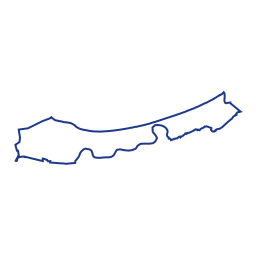 Jūrmala, Jurmala, Latvia (Albers equal-area conic projection)
{"feature_id": "27541924B97650522889636", "entity_name": "Jūrmala", "entity_type": "district", "adm_level": 2, "iso_a3": "LVA", "parent_name": "Latvia", "parent_adm1": "Jurmala", "projection": "albers", "projection_center": [23.72, 56.967], "detail": "fine", "context": "isolated", "style": "outline", "palette": "blue", "viewbox_px": 256, "rotation_deg": 0, "n_neighbors": 0, "source": "geoboundaries", "source_scale": "gbopen_adm2", "svg_char_len": 5667}
<svg xmlns="http://www.w3.org/2000/svg" viewBox="0 0 256 256"><path d="M181.0,136.8L181.2,136.6L181.6,136.5L182.7,136.0L183.1,135.4L183.4,135.2L184.1,134.8L184.9,134.2L185.3,133.9L185.3,133.5L185.8,133.3L186.0,133.6L186.6,133.9L187.1,133.3L187.0,133.2L187.8,132.8L188.8,132.9L189.7,132.5L190.6,132.1L191.6,131.6L192.7,131.1L193.3,130.8L193.4,130.7L193.5,130.5L193.7,130.3L193.9,130.3L194.1,130.3L194.6,129.9L194.9,129.7L195.0,129.8L195.8,129.3L196.3,129.6L197.0,129.5L197.2,129.9L197.4,130.2L198.5,129.7L198.6,129.8L199.6,130.2L199.8,129.8L200.7,128.9L201.5,128.5L203.8,127.5L204.0,127.3L204.5,126.5L205.0,126.6L205.8,126.6L206.1,126.5L206.5,126.3L210.7,127.8L211.4,128.1L211.0,129.6L212.1,131.2L213.2,131.6L213.5,131.5L214.4,131.5L215.4,131.0L216.2,130.1L216.5,129.6L216.8,129.4L216.7,129.4L217.0,129.2L219.3,128.8L219.6,128.8L222.3,127.1L223.6,125.8L226.7,123.0L226.8,122.9L230.4,119.8L231.9,118.7L232.2,118.2L233.2,116.8L233.6,116.3L234.0,116.1L235.6,115.3L236.4,114.9L235.8,114.4L236.7,113.2L237.2,112.6L238.1,112.1L238.5,112.0L238.9,112.1L240.6,111.6L237.1,108.8L233.5,105.8L230.5,103.4L230.4,102.5L228.6,102.7L226.7,103.1L225.5,103.1L225.1,102.6L224.7,101.9L224.4,100.7L224.5,98.9L224.7,96.9L224.5,93.4L224.4,93.3L223.7,92.2L221.9,94.2L221.1,94.5L220.5,94.5L219.6,95.1L219.7,95.3L219.0,95.6L218.8,95.7L218.3,96.0L217.8,96.3L217.3,96.6L216.7,97.0L216.0,97.5L215.3,97.9L211.5,100.1L210.8,100.4L210.3,100.7L210.0,100.8L209.4,101.1L208.7,101.5L208.0,101.9L207.3,102.3L206.0,102.9L205.5,103.0L204.8,103.3L204.6,103.5L204.4,103.5L203.2,104.0L201.3,105.0L201.0,105.1L200.8,105.3L200.1,105.6L199.8,105.7L198.0,106.6L196.3,107.2L194.5,108.1L193.6,108.5L192.4,108.9L191.9,109.0L191.0,109.5L189.5,110.0L189.3,110.1L188.8,110.3L188.1,110.5L187.2,110.9L186.5,111.2L184.9,111.9L183.6,112.3L182.6,112.7L180.8,113.3L180.6,113.4L180.4,113.5L180.1,113.6L179.8,113.7L179.0,114.0L178.6,114.1L178.1,114.3L177.7,114.4L177.2,114.5L176.8,114.7L176.6,114.8L174.5,115.5L174.0,115.7L173.5,115.8L172.8,116.0L172.1,116.3L171.6,116.4L171.3,116.5L171.0,116.6L170.9,116.7L170.3,116.9L168.8,117.4L168.4,117.5L167.8,117.7L166.2,118.2L166.0,118.3L165.7,118.4L164.6,118.7L163.0,119.3L162.0,119.6L160.5,120.1L160.0,120.3L159.1,120.6L158.5,120.8L157.9,121.0L156.7,121.3L155.9,121.7L155.4,121.8L154.4,122.1L153.8,122.2L153.2,122.5L152.2,122.7L152.0,122.8L151.6,122.9L151.0,123.1L150.6,123.2L150.4,123.3L150.0,123.4L149.6,123.6L148.1,124.0L147.5,124.1L146.2,124.5L144.8,124.8L144.7,124.9L143.8,125.1L143.3,125.2L142.7,125.4L142.0,125.5L141.5,125.6L140.5,125.9L140.3,125.9L140.0,125.9L139.6,126.0L139.4,126.1L139.1,126.1L138.8,126.2L138.7,126.2L138.4,126.3L137.5,126.6L136.7,126.7L136.4,126.8L135.9,126.8L135.7,126.8L135.2,126.9L134.6,127.0L133.8,127.2L131.8,127.7L131.2,127.7L130.5,127.9L129.6,128.0L129.4,128.0L128.8,128.2L127.0,128.5L125.3,128.8L124.4,129.0L124.2,129.0L123.7,129.0L122.9,129.2L122.5,129.3L121.5,129.5L121.2,129.5L120.8,129.5L120.2,129.6L119.9,129.7L119.1,129.8L118.7,129.9L117.8,130.0L116.8,130.1L115.5,130.3L115.0,130.3L113.5,130.6L112.2,130.7L110.3,130.9L109.4,131.0L108.3,131.1L103.9,131.4L102.8,131.4L102.7,131.5L102.3,131.5L100.3,131.6L96.5,131.5L94.0,131.4L92.3,131.3L91.3,131.1L89.4,130.9L87.8,130.5L87.5,130.5L85.8,130.1L85.4,130.1L84.2,129.9L83.1,129.7L82.8,129.5L82.3,129.5L81.9,129.3L81.5,129.3L80.4,129.0L79.9,128.8L79.5,128.6L79.2,128.5L78.6,128.2L77.1,127.3L76.5,127.0L76.1,126.7L75.4,126.1L75.2,125.8L75.0,125.6L74.9,125.4L74.4,125.0L73.7,124.7L73.1,124.3L72.4,123.9L71.6,123.5L70.9,123.2L70.4,123.0L70.0,122.9L69.7,122.9L69.1,122.8L68.8,122.7L67.4,122.5L66.7,122.3L65.3,122.3L64.5,122.2L63.0,122.0L62.5,121.7L61.8,121.5L60.6,121.4L60.4,121.2L60.2,121.2L59.9,121.1L59.1,121.1L57.3,120.6L55.6,120.3L55.2,120.1L54.6,119.9L54.1,119.5L53.3,118.8L53.0,118.7L52.5,118.3L52.3,118.2L52.0,117.8L51.4,117.2L50.5,118.0L50.2,118.2L45.8,119.9L42.1,121.3L28.0,128.3L18.7,129.6L20.0,137.6L19.5,142.0L15.4,144.8L15.9,146.9L16.2,148.1L16.6,149.2L16.7,149.7L16.9,150.7L18.0,150.7L18.9,156.1L18.0,156.3L18.1,156.8L17.7,157.2L17.4,157.6L17.2,157.9L17.1,158.3L16.5,159.2L16.3,159.6L15.7,160.8L16.0,161.0L16.5,161.0L16.6,160.9L16.4,160.8L17.1,159.6L17.0,159.4L17.4,158.6L17.5,158.6L17.8,158.0L17.8,157.9L17.9,157.7L18.1,157.4L22.9,156.5L24.8,157.0L24.8,156.7L42.8,161.1L42.7,158.7L42.8,158.5L45.4,159.3L46.9,159.8L46.8,160.1L47.3,160.3L48.1,161.3L50.3,161.1L50.3,161.3L50.2,162.5L60.0,163.3L60.4,163.3L62.1,163.4L63.1,163.4L63.7,163.5L64.8,163.6L65.9,163.8L68.0,163.6L70.0,163.4L71.0,163.4L71.4,163.3L75.2,162.9L75.3,161.1L78.0,157.7L78.5,157.0L79.2,155.8L79.6,154.6L80.0,153.6L80.2,153.1L80.7,152.3L81.2,151.7L81.8,151.0L82.9,150.0L83.6,149.4L83.9,149.2L84.8,148.8L85.2,148.7L86.1,148.8L87.8,149.1L89.3,149.3L90.3,149.8L90.8,150.1L91.1,150.4L91.5,150.9L91.9,151.8L92.1,152.5L92.5,153.2L92.5,154.1L93.2,156.0L93.7,156.7L95.2,157.5L99.1,157.9L104.2,157.4L109.0,157.3L111.2,156.9L112.3,156.3L113.9,155.0L114.3,154.2L116.8,149.9L120.2,149.3L123.4,150.1L128.6,150.6L132.2,150.1L135.7,148.7L137.6,145.8L140.4,143.9L143.3,143.7L149.3,143.7L153.1,143.2L155.5,141.2L157.0,137.9L155.6,135.3L152.7,131.8L152.5,127.5L155.0,125.2L158.2,125.0L161.5,125.5L163.5,126.3L164.9,127.2L165.8,128.0L166.6,128.9L166.8,129.2L167.4,130.5L167.6,130.9L167.6,131.3L167.4,132.7L167.1,133.9L167.0,134.7L167.0,135.0L167.1,135.9L167.5,136.5L168.0,137.0L168.6,137.3L168.7,138.2L168.7,138.6L169.1,138.7L170.1,138.6L170.3,138.7L170.6,139.1L170.7,139.6L170.9,140.0L171.1,139.8L171.3,140.0L171.9,139.9L172.7,139.5L173.8,139.3L174.0,138.8L175.0,138.8L176.0,138.4L177.0,138.4L177.1,138.2L177.5,137.8L178.7,137.5L178.8,136.9L179.1,136.7L180.3,136.5L181.0,136.5L181.0,136.8Z" fill="none" stroke="#1e3a8a" stroke-width="2"/></svg>